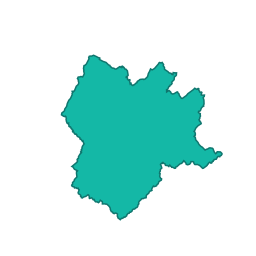 Bawlake, Kayah, Myanmar (Albers equal-area conic projection), rotated 51°
{"feature_id": "60261553B12408734015728", "entity_name": "Bawlake", "entity_type": "district", "adm_level": 2, "iso_a3": "MMR", "parent_name": "Myanmar", "parent_adm1": "Kayah", "projection": "albers", "projection_center": [97.439, 18.919], "detail": "fine", "context": "isolated", "style": "filled", "palette": "teal", "viewbox_px": 256, "rotation_deg": 51, "n_neighbors": 0, "source": "geoboundaries", "source_scale": "gbopen_adm2", "svg_char_len": 5782}
<svg xmlns="http://www.w3.org/2000/svg" viewBox="0 0 256 256"><g transform="rotate(51 128 128)"><path d="M206.9,71.0L204.8,71.2L202.7,73.5L202.7,74.3L203.2,74.9L203.1,76.1L201.0,76.1L197.6,75.0L196.9,75.1L195.2,76.6L194.6,77.5L194.4,79.5L193.8,80.6L193.8,81.6L193.5,82.0L189.7,82.3L188.2,82.9L185.4,83.2L183.3,82.7L179.7,82.8L177.5,81.5L176.2,82.0L175.6,80.6L175.9,80.2L174.9,79.3L173.3,78.6L172.2,78.8L171.9,77.6L170.8,75.5L170.3,72.2L170.7,68.4L169.3,67.8L168.1,68.0L167.9,67.7L167.3,67.9L166.2,67.6L165.9,66.3L165.1,65.7L164.3,64.1L163.5,63.8L162.7,63.1L162.4,63.2L162.2,62.8L160.7,63.5L160.0,63.4L159.5,62.6L160.1,61.5L160.0,60.7L158.7,58.5L158.4,56.9L158.6,55.3L157.9,55.2L157.2,53.8L154.0,51.4L151.9,50.6L151.5,50.2L151.5,49.0L150.5,47.9L149.2,49.7L148.5,50.3L148.1,50.1L146.8,48.2L146.3,48.3L145.7,49.4L145.2,49.7L144.4,49.2L143.3,49.3L142.9,48.9L142.4,49.1L142.0,48.3L141.4,48.6L141.3,50.2L139.1,51.1L139.3,53.1L139.0,59.8L139.5,62.2L139.2,67.1L138.5,67.8L135.0,67.6L133.5,66.9L131.9,67.1L131.2,66.8L130.8,67.3L130.3,70.7L129.7,71.9L128.4,72.6L126.8,72.2L124.8,72.5L124.5,73.3L124.3,75.3L122.5,73.9L123.1,73.3L121.5,70.1L121.8,69.3L121.2,68.6L121.5,67.0L121.1,65.7L119.9,65.2L119.5,61.8L117.5,59.8L117.6,58.0L117.2,56.7L117.2,57.0L115.7,55.6L115.3,56.4L114.7,56.6L113.9,57.8L113.4,58.0L114.0,59.0L114.8,59.5L114.0,60.2L112.7,60.1L111.0,61.4L109.3,61.5L105.4,62.7L103.8,61.5L101.9,61.5L101.1,60.4L98.5,60.2L98.3,61.4L97.0,62.1L96.9,63.1L97.4,64.1L98.4,69.9L98.2,71.8L98.0,72.7L96.3,73.3L97.6,75.7L98.4,77.8L100.4,80.5L100.7,83.8L100.3,85.2L99.6,85.4L98.0,87.8L97.8,88.4L97.9,89.8L97.6,91.2L97.8,91.9L98.4,92.4L98.1,94.0L98.4,95.7L98.1,96.2L98.1,97.4L97.7,97.8L97.2,97.7L96.9,98.0L96.3,98.1L94.9,97.4L94.6,97.8L94.8,98.4L92.4,97.2L92.2,96.6L92.2,96.8L92.0,96.3L91.6,96.2L91.3,96.7L91.2,97.5L89.7,97.7L89.0,97.0L88.4,96.9L87.6,97.6L87.0,96.9L87.4,95.8L87.1,94.7L83.2,92.5L80.9,92.6L80.4,93.2L79.7,93.3L79.0,93.0L78.6,93.2L78.2,93.1L77.5,93.6L77.4,93.2L76.6,93.4L77.0,94.6L76.5,94.5L76.1,94.3L75.9,94.5L76.1,95.5L75.1,95.9L74.8,99.7L74.4,100.5L74.0,100.9L72.5,101.4L72.0,102.2L70.8,102.7L70.0,102.7L69.4,103.1L67.9,102.7L66.8,103.4L63.2,103.8L60.5,105.5L56.7,107.1L56.0,105.9L55.3,106.2L54.1,107.1L53.2,107.3L49.8,109.0L49.2,111.1L48.2,112.3L47.9,113.1L48.7,114.4L49.6,114.6L52.1,120.2L52.2,121.9L51.8,122.9L53.8,125.2L55.4,125.9L55.7,126.5L58.3,127.8L58.8,128.7L59.8,131.1L58.3,132.2L58.1,133.2L57.4,134.0L57.1,135.0L57.7,135.6L57.8,136.2L59.1,136.2L60.3,137.1L61.6,137.6L62.5,138.6L62.9,139.7L63.0,141.9L65.5,146.4L64.4,148.3L65.6,148.3L65.8,149.6L66.9,150.3L68.3,153.0L68.9,154.3L69.1,156.2L69.6,157.4L70.8,159.8L72.6,162.1L73.5,165.3L74.4,166.2L74.7,167.1L74.7,170.0L75.9,171.4L78.2,170.7L79.3,170.0L79.4,169.2L79.9,169.1L81.9,170.0L82.2,170.6L84.1,171.7L85.9,172.3L86.4,172.0L86.8,171.1L87.5,172.0L88.6,172.0L89.4,172.8L90.4,172.7L90.8,172.0L92.3,172.2L92.6,172.6L93.1,172.5L93.3,172.2L94.2,172.4L95.4,172.1L95.9,172.5L95.9,172.8L95.4,172.7L95.5,173.1L96.3,173.4L96.8,172.8L97.2,172.7L98.1,173.1L99.2,173.2L100.0,172.6L99.9,172.2L101.1,172.1L101.5,172.4L102.7,172.6L105.0,171.5L105.7,171.6L105.9,172.0L106.8,172.2L107.3,171.6L109.5,171.8L109.6,171.1L112.1,172.1L112.7,172.1L113.5,174.9L114.2,176.0L115.2,176.8L115.4,177.9L116.5,178.3L116.4,179.4L117.1,179.5L117.2,179.9L117.8,179.7L118.1,181.8L119.1,184.5L120.5,185.7L120.2,186.5L120.5,187.4L121.5,187.7L121.7,188.2L122.2,188.3L122.5,189.4L122.6,195.8L123.6,195.3L126.3,195.6L129.5,194.1L129.7,194.6L129.4,195.3L130.7,196.5L133.9,198.5L134.3,202.0L135.2,203.1L135.5,205.4L137.0,206.7L136.8,207.2L137.0,207.8L137.9,208.1L138.8,207.8L139.8,206.9L140.9,207.3L142.0,205.7L142.7,205.8L143.5,204.6L144.4,205.1L145.2,204.8L146.9,207.5L148.0,207.9L149.5,207.2L150.3,207.1L151.2,207.8L151.6,207.4L152.8,208.1L153.7,207.4L153.6,206.2L154.6,203.8L154.7,201.1L155.2,200.8L157.1,201.3L158.0,202.2L158.6,202.2L159.4,200.1L161.9,200.2L162.0,199.4L162.3,199.2L163.5,199.7L164.9,199.7L166.1,198.4L167.4,198.0L167.4,196.6L166.7,195.0L169.1,194.3L170.9,195.7L172.5,193.6L173.2,193.2L173.8,192.4L176.3,192.0L178.0,192.0L179.2,192.3L180.2,193.0L182.5,193.6L183.7,192.9L184.8,193.2L185.9,192.6L186.0,191.6L186.5,191.0L187.6,190.4L188.2,190.3L189.8,191.8L190.7,191.9L191.5,192.4L194.4,191.7L194.1,189.9L194.6,189.4L194.9,188.1L194.7,187.0L195.4,186.6L195.4,184.2L194.8,183.7L194.4,181.9L195.0,180.8L194.4,179.7L195.1,179.0L195.2,177.4L194.4,176.1L194.4,174.8L194.9,174.3L195.2,173.7L195.0,172.4L195.4,171.0L195.1,169.9L194.0,168.5L193.8,167.3L193.0,166.9L192.4,166.3L192.0,165.2L191.9,163.0L191.5,162.1L191.7,161.3L192.2,161.1L192.5,160.5L192.8,158.9L193.6,158.1L193.3,157.4L192.3,156.7L191.7,155.4L191.8,153.0L191.2,152.1L190.9,150.6L191.5,149.2L191.5,148.5L190.8,148.4L190.2,147.8L189.1,144.8L190.2,144.3L190.9,142.2L190.2,140.9L190.4,139.7L189.1,137.7L189.5,134.9L188.7,133.9L187.5,134.3L186.2,134.0L185.5,133.8L183.7,131.8L183.2,132.1L181.9,130.8L181.9,130.1L180.6,129.0L180.4,126.9L177.6,125.8L177.0,125.9L176.7,125.6L176.5,124.1L177.1,123.6L176.7,123.1L176.7,122.5L178.2,122.4L179.1,121.8L180.6,122.4L182.4,120.7L183.6,120.5L183.0,119.0L183.3,118.8L184.6,118.9L185.3,118.6L186.0,118.8L186.6,118.0L188.6,117.2L189.1,116.4L188.6,116.0L188.4,115.4L188.8,114.5L188.6,110.3L189.2,108.7L189.2,107.8L188.9,107.1L189.0,106.4L188.4,105.3L188.9,105.1L191.9,105.1L192.9,105.6L194.2,104.7L194.9,102.8L194.5,101.2L193.7,100.3L195.0,98.7L195.7,98.4L197.0,99.0L198.3,99.1L199.2,98.2L199.9,97.1L202.1,95.9L206.3,95.4L206.7,94.7L206.9,91.0L206.8,89.9L206.4,89.2L206.5,88.6L206.1,87.9L205.9,86.2L206.2,85.9L207.1,85.9L207.6,85.6L207.8,84.7L207.2,83.9L207.5,82.8L207.0,82.5L207.1,81.5L206.7,80.9L207.8,79.0L206.7,76.4L206.9,75.6L207.6,75.3L208.1,74.7L207.7,73.9L208.0,72.8L207.5,71.4L206.9,71.0Z" fill="#14b8a6" stroke="#0f766e" stroke-width="1.5"/></g></svg>